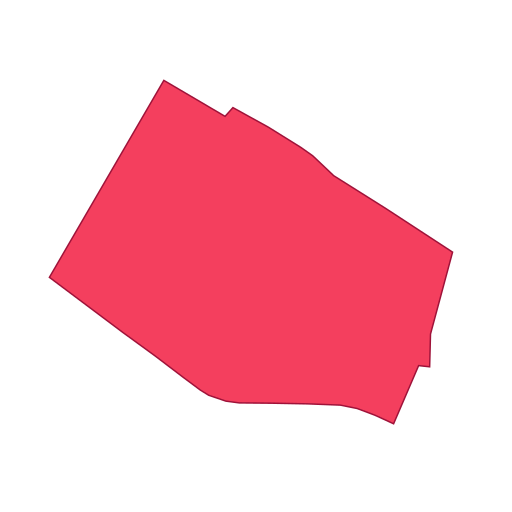 outline of Arafat, Nouakchott, Mauritania, rotated 284°
{"feature_id": "47542326B30050302787661", "entity_name": "Arafat", "entity_type": "district", "adm_level": 2, "iso_a3": "MRT", "parent_name": "Mauritania", "parent_adm1": "Nouakchott", "projection": "mercator", "projection_center": [-15.959, 18.054], "detail": "fine", "context": "isolated", "style": "filled", "palette": "rose", "viewbox_px": 512, "rotation_deg": 284, "n_neighbors": 0, "source": "geoboundaries", "source_scale": "gbopen_adm2", "svg_char_len": 506}
<svg xmlns="http://www.w3.org/2000/svg" viewBox="0 0 512 512"><g transform="rotate(284 256 256)"><path d="M307.3,445.8L333.4,370.7L352.7,312.0L366.9,286.9L372.1,273.6L384.0,236.8L394.4,197.7L387.0,193.8L384.0,192.2L404.1,124.1L185.3,60.7L149.6,145.3L134.7,182.1L120.6,214.9L112.4,234.5L109.4,243.9L107.9,261.9L109.4,275.2L116.9,306.5L125.0,341.7L131.7,373.8L132.5,391.0L130.3,409.8L126.5,430.1L189.0,440.3L190.5,451.3L222.5,444.2L307.3,445.8Z" fill="#f43f5e" stroke="#9f1239" stroke-width="1.5"/></g></svg>